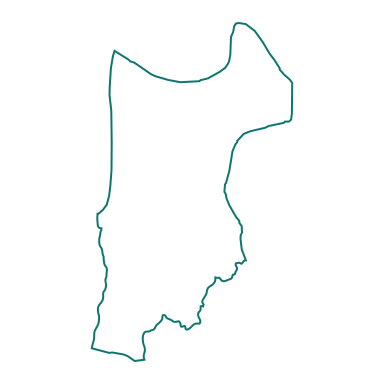 outline of Pochuta, Chimaltenango, Guatemala
{"feature_id": "79465075B89019096689616", "entity_name": "Pochuta", "entity_type": "district", "adm_level": 2, "iso_a3": "GTM", "parent_name": "Guatemala", "parent_adm1": "Chimaltenango", "projection": "equal_earth", "projection_center": [-91.081, 14.532], "detail": "fine", "context": "isolated", "style": "outline", "palette": "teal", "viewbox_px": 384, "rotation_deg": 0, "n_neighbors": 0, "source": "geoboundaries", "source_scale": "gbopen_adm2", "svg_char_len": 3811}
<svg xmlns="http://www.w3.org/2000/svg" viewBox="0 0 384 384"><path d="M292.2,83.0L290.1,79.9L284.0,74.5L279.7,69.6L279.7,68.3L274.7,60.4L269.5,53.5L262.7,42.0L254.8,31.0L245.8,24.1L238.7,23.0L235.8,23.6L234.3,26.0L233.1,32.1L231.0,36.9L230.3,54.9L229.0,61.7L227.5,64.5L225.1,67.9L219.6,71.9L207.9,78.4L200.5,80.2L199.4,81.2L180.3,82.2L168.4,80.0L155.9,76.4L151.2,74.3L134.4,62.7L130.1,61.3L128.8,59.8L114.6,50.9L112.9,56.3L110.9,68.2L109.7,87.4L109.5,94.9L111.3,111.0L111.7,143.1L111.5,170.4L110.3,186.1L109.1,195.8L106.8,204.6L102.9,209.9L98.6,213.6L97.5,213.8L97.5,215.0L97.3,217.5L97.3,218.8L97.4,220.9L97.6,223.0L97.7,224.2L97.8,225.7L98.7,227.4L99.5,227.9L100.6,228.4L101.4,228.3L101.4,229.7L100.8,231.2L100.4,232.5L100.2,234.3L100.0,235.9L99.4,237.9L99.2,239.4L99.2,241.7L99.3,242.8L99.4,244.2L99.9,245.6L100.5,246.7L101.5,248.2L102.0,249.5L102.2,250.7L102.4,252.4L102.6,253.8L103.0,255.2L103.6,256.5L103.7,259.6L103.8,260.7L104.0,261.8L104.2,263.3L104.5,264.4L105.0,265.5L106.1,266.9L106.8,268.5L106.9,270.7L106.7,272.0L106.5,274.1L106.5,275.5L106.3,277.1L105.6,278.8L105.4,280.3L105.5,281.8L105.9,283.3L106.0,284.9L105.9,286.9L105.6,288.2L105.0,289.8L104.2,291.0L103.6,291.9L103.2,292.9L103.1,294.4L103.2,296.1L103.2,297.2L103.0,298.9L102.4,300.5L101.6,301.9L100.9,302.9L99.8,304.2L99.1,305.1L98.4,306.5L98.0,308.1L97.9,309.4L98.0,311.1L98.2,312.9L98.6,314.4L99.1,316.5L99.1,318.2L99.0,319.5L98.8,321.3L98.6,322.9L98.0,324.6L97.6,325.5L96.9,326.9L96.1,328.3L95.5,329.4L94.8,330.6L94.4,332.4L94.2,333.5L94.2,334.6L94.2,336.4L94.1,338.1L93.9,339.6L93.7,340.6L93.1,342.6L92.6,344.6L92.3,345.7L92.0,347.0L91.8,348.3L109.2,352.9L112.3,352.5L123.8,354.5L127.8,356.2L134.7,361.0L144.4,359.7L143.8,357.9L143.7,356.4L143.9,354.4L144.5,352.5L144.8,351.0L144.9,349.7L144.7,347.7L144.4,346.6L143.8,345.2L143.4,343.8L143.1,342.6L142.9,340.6L142.7,339.1L142.8,337.8L142.9,336.5L143.3,334.7L143.7,333.8L144.5,332.5L145.8,331.7L147.5,331.5L148.8,331.5L149.8,331.1L150.9,330.4L152.0,330.2L153.4,329.7L154.6,328.6L155.3,327.2L156.3,325.4L157.0,324.6L158.6,323.4L160.0,322.0L160.6,321.4L161.5,320.3L162.3,318.5L162.4,316.4L163.1,315.1L164.6,315.2L165.4,315.7L166.0,316.8L166.4,317.7L167.8,318.6L169.3,319.2L170.1,319.5L171.4,320.1L172.4,320.9L173.5,321.6L174.6,321.8L176.1,321.9L177.6,321.4L178.8,321.3L180.0,322.5L180.3,323.5L180.6,324.7L180.9,326.4L181.9,326.8L183.1,326.4L184.2,325.9L185.1,326.3L185.4,327.5L185.6,328.9L186.6,329.6L188.1,329.3L189.2,328.7L190.5,327.6L191.6,326.5L192.8,325.4L193.6,324.6L194.7,323.9L195.9,323.6L197.0,323.6L198.1,323.5L199.5,323.5L200.3,322.4L200.2,320.2L199.2,318.2L198.6,317.0L198.2,315.7L198.1,313.8L198.6,312.4L199.4,311.6L200.5,310.1L200.6,308.0L200.7,306.3L201.8,306.0L203.1,306.4L203.6,304.5L203.0,303.5L202.3,302.3L202.3,301.2L202.9,299.6L203.7,298.5L204.3,297.4L204.8,296.6L205.5,295.4L206.1,294.5L206.7,292.5L206.8,291.4L207.2,289.6L208.2,287.8L209.3,286.8L210.5,286.0L211.9,285.1L213.3,283.9L214.2,282.7L214.8,281.9L215.3,280.1L215.4,278.9L215.4,277.4L216.5,277.7L217.8,277.9L219.1,277.7L220.2,278.6L221.1,279.9L222.3,281.0L223.6,281.2L224.5,281.2L226.3,280.6L227.7,280.1L229.0,279.5L229.9,279.1L231.1,278.7L232.1,277.5L232.3,276.1L232.9,274.7L233.9,274.6L234.9,274.1L235.4,272.3L236.0,271.1L236.7,270.1L237.1,268.5L236.8,267.2L236.2,266.2L235.6,264.7L235.8,263.4L236.8,263.1L238.0,262.9L239.4,262.7L240.3,263.3L241.6,263.7L242.8,262.5L243.7,261.1L244.8,260.4L245.9,260.4L241.8,249.7L240.5,238.7L240.7,235.3L242.0,232.5L241.7,226.1L239.3,222.8L239.3,221.0L235.8,216.6L229.4,205.4L226.6,198.7L225.6,193.7L224.4,191.9L225.0,184.5L226.1,182.7L229.3,171.0L232.5,151.2L235.4,144.4L237.3,142.0L237.3,140.8L243.7,133.9L250.5,131.2L265.4,127.7L268.7,126.0L283.6,122.9L285.0,121.6L289.0,121.6L291.1,119.6L291.9,113.3L292.2,83.0Z" fill="none" stroke="#0f766e" stroke-width="2"/></svg>